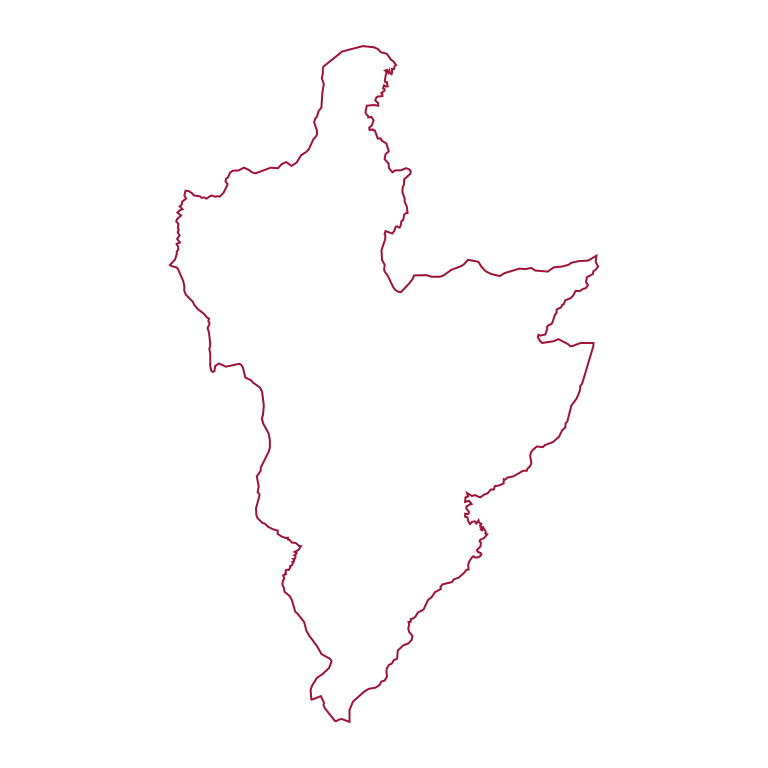 outline of Villa Caro, Norte de Santander, Colombia
{"feature_id": "7082276B29990655239758", "entity_name": "Villa Caro", "entity_type": "district", "adm_level": 2, "iso_a3": "COL", "parent_name": "Colombia", "parent_adm1": "Norte de Santander", "projection": "orthographic", "projection_center": [-72.976, 7.933], "detail": "fine", "context": "isolated", "style": "outline", "palette": "rose", "viewbox_px": 768, "rotation_deg": 0, "n_neighbors": 0, "source": "geoboundaries", "source_scale": "gbopen_adm2", "svg_char_len": 6086}
<svg xmlns="http://www.w3.org/2000/svg" viewBox="0 0 768 768"><path d="M256.4,515.2L257.7,518.3L262.6,523.1L264.7,523.5L268.1,526.8L273.1,529.3L277.8,530.7L277.5,533.5L280.9,536.2L286.0,538.1L287.9,537.7L288.1,539.6L289.4,539.7L291.7,542.5L295.8,543.0L299.2,546.0L300.9,546.2L298.5,549.9L294.6,551.9L296.5,552.7L296.2,554.0L294.4,555.3L295.4,555.7L295.5,557.1L294.6,558.9L293.5,559.0L294.2,559.5L293.8,561.7L292.4,561.8L292.8,563.4L291.8,565.3L290.1,566.1L290.3,567.1L288.8,570.0L287.5,569.7L285.6,570.4L285.9,572.6L285.2,573.4L285.8,574.2L283.1,575.5L284.3,578.4L282.9,580.8L282.4,584.9L283.9,587.9L284.6,591.8L289.7,596.1L291.7,599.7L295.3,611.8L297.4,613.5L304.1,622.0L306.5,631.0L309.3,635.8L317.0,646.1L321.5,654.1L329.5,658.5L331.3,660.3L331.4,662.1L329.0,668.0L322.5,674.1L317.0,677.8L312.1,685.6L310.6,689.8L311.3,699.2L311.8,699.7L320.9,696.1L324.0,702.8L323.5,705.2L325.0,708.4L334.7,720.7L336.0,721.2L339.2,719.5L342.0,719.1L349.5,721.9L349.5,710.0L353.0,701.6L363.8,691.9L368.8,688.8L375.4,687.7L379.6,685.0L381.3,681.6L384.7,680.5L387.1,676.4L386.4,672.1L386.9,668.1L389.1,664.8L391.7,663.7L393.7,660.3L397.1,658.7L397.8,650.5L403.3,645.3L408.5,643.4L411.7,639.8L412.4,636.0L409.0,631.6L408.3,628.4L409.2,624.3L408.5,622.0L410.6,621.8L410.7,619.1L413.1,618.5L415.4,616.7L417.9,612.5L423.6,609.5L428.0,600.0L431.7,597.1L434.9,592.2L440.8,589.0L440.5,586.7L442.7,584.3L452.0,582.1L453.7,579.4L458.6,577.7L464.1,572.9L466.3,569.9L468.6,569.5L468.2,564.2L469.7,560.6L472.6,556.7L473.6,556.3L475.4,557.6L479.0,557.1L481.5,554.7L481.0,553.3L477.6,551.7L476.9,550.0L480.5,546.4L480.9,542.8L479.6,541.4L480.1,539.9L484.3,537.9L487.2,534.3L485.4,533.5L485.8,531.7L483.7,528.5L482.0,530.4L480.7,529.3L482.6,527.1L480.3,526.7L480.1,525.6L481.4,524.0L479.0,522.5L478.5,520.3L476.2,523.5L474.7,521.3L472.0,521.9L470.0,524.0L468.1,521.0L467.5,517.5L465.1,516.6L465.2,513.7L467.8,514.1L468.8,513.3L468.8,511.5L466.3,508.5L466.4,506.7L469.6,504.5L471.6,504.0L468.9,500.8L465.1,501.9L465.5,497.4L468.0,496.5L467.0,493.0L471.9,496.0L475.3,495.1L478.3,496.8L480.6,497.2L483.9,494.7L487.3,493.5L491.1,489.4L493.8,489.6L494.9,486.1L498.1,485.7L503.6,483.5L503.8,479.2L505.4,479.6L507.3,477.6L513.0,476.5L523.1,470.8L526.8,470.7L527.2,469.1L530.3,465.9L531.4,463.0L530.2,456.1L530.8,452.8L532.7,450.0L536.8,446.5L542.8,447.1L544.9,445.1L553.1,442.0L559.1,436.6L562.1,430.4L565.4,427.3L565.5,423.4L567.3,421.5L571.4,405.5L576.5,398.7L578.7,393.7L580.2,389.4L580.2,386.2L582.2,383.4L593.4,345.9L593.4,343.0L580.4,343.0L572.4,346.1L570.3,346.2L568.2,344.2L558.3,339.1L553.8,341.2L542.2,343.0L540.0,341.0L537.9,337.1L538.5,334.8L540.4,335.6L545.3,334.5L547.3,328.7L547.0,326.7L548.6,325.2L551.4,324.1L552.4,322.6L554.9,314.8L556.6,312.9L556.6,309.6L561.1,307.3L562.2,304.8L563.7,304.3L565.3,300.3L570.9,298.0L573.5,295.0L575.6,290.9L579.7,291.1L583.0,288.9L585.8,288.1L588.0,285.1L586.0,282.0L586.9,277.2L592.8,274.1L593.5,271.1L595.4,270.0L598.1,266.5L595.7,261.9L596.4,255.7L588.1,260.6L578.9,261.1L571.2,262.8L568.7,264.7L562.2,266.5L553.7,267.4L547.7,271.6L535.1,270.5L531.3,267.9L525.6,269.1L519.5,268.6L504.6,273.1L499.7,276.1L490.9,273.9L485.6,271.2L481.4,266.7L478.4,261.8L468.0,259.8L464.3,264.0L461.2,266.1L451.2,269.9L443.7,275.4L439.9,276.8L431.5,276.7L426.6,275.2L414.1,275.4L412.8,278.7L409.1,283.6L400.8,292.2L398.4,291.8L395.4,290.0L393.5,287.7L387.8,275.9L384.7,271.5L384.1,269.6L384.7,264.9L382.0,259.8L381.5,250.3L385.1,239.5L385.4,235.6L384.6,234.4L385.5,231.1L392.3,233.5L394.3,231.0L395.7,226.7L397.3,226.5L399.6,227.6L400.7,225.5L401.5,221.0L403.1,220.4L404.2,214.7L405.6,213.3L407.5,213.1L406.8,206.4L404.6,201.6L404.7,198.6L402.4,192.1L402.7,187.0L404.0,184.4L404.1,179.4L410.4,173.7L410.8,171.3L408.9,169.2L406.0,168.2L400.9,170.3L395.2,170.4L392.4,172.3L388.9,168.0L388.6,163.7L384.6,159.1L385.5,154.3L388.8,151.3L386.3,143.4L381.4,140.5L381.4,139.3L380.3,138.3L377.8,138.7L374.8,130.4L373.2,130.3L372.7,129.4L369.6,130.0L369.4,129.5L369.3,127.5L371.7,125.6L373.6,120.4L371.5,116.9L368.3,117.5L368.1,116.0L365.9,113.6L365.5,112.1L366.8,105.7L373.8,105.0L378.2,105.7L378.1,103.0L375.2,100.5L376.3,97.5L377.7,96.6L382.4,96.1L382.5,94.8L381.3,93.1L384.6,90.6L384.5,89.1L383.1,88.4L384.0,85.4L386.1,86.6L387.7,86.4L386.9,82.2L385.4,82.3L384.8,80.3L386.3,72.8L386.2,71.3L385.1,70.6L386.8,69.8L388.4,72.8L389.3,70.4L389.9,73.1L391.5,74.2L392.1,72.4L391.9,68.9L394.0,69.2L394.5,66.4L396.1,65.0L393.3,61.3L390.9,59.6L386.8,53.8L380.8,52.2L377.8,49.0L374.1,47.3L362.8,46.1L342.2,51.5L323.7,66.4L322.9,68.1L322.8,73.8L321.8,78.2L323.8,84.1L322.4,92.5L321.4,107.6L318.6,111.1L316.9,116.8L315.4,118.3L314.1,122.2L316.9,130.5L317.1,133.9L316.0,136.4L313.4,139.2L308.7,149.5L305.9,152.2L301.0,155.3L296.6,162.6L291.5,165.9L286.4,162.2L285.6,162.3L281.6,164.2L278.0,168.2L270.7,167.7L255.6,173.3L252.1,172.4L248.9,169.9L243.9,167.7L238.5,170.5L232.7,170.7L230.0,172.7L228.2,177.1L226.0,178.9L225.5,181.5L227.5,184.0L227.3,185.1L223.5,192.9L219.6,196.7L218.0,196.2L215.5,196.7L211.3,195.5L206.4,198.6L204.0,197.4L201.6,197.9L199.8,196.3L193.9,195.4L191.5,192.8L188.4,191.0L185.5,190.7L184.4,195.5L186.1,198.6L182.3,201.5L181.5,205.0L179.7,206.3L182.5,209.2L179.8,210.3L177.4,212.5L181.0,215.6L177.1,219.1L176.2,221.4L178.4,223.9L177.9,228.2L178.8,229.8L177.7,232.2L179.6,235.4L177.1,238.8L179.9,242.6L176.6,243.9L178.0,246.7L178.4,249.3L176.7,251.9L176.8,253.9L175.0,259.6L169.9,265.0L171.8,266.2L176.3,267.3L178.0,269.0L183.3,281.3L184.4,286.7L184.2,290.6L186.0,294.9L192.9,301.9L194.1,304.7L197.8,309.1L204.2,314.0L206.7,317.2L209.0,318.7L208.3,321.2L209.4,322.5L209.4,324.2L207.6,328.0L209.0,332.6L210.2,343.4L210.2,346.6L209.3,348.7L210.3,354.1L210.2,365.8L211.4,371.0L212.9,371.9L214.4,371.2L215.2,366.0L218.9,363.5L225.9,366.7L239.4,363.8L241.3,364.9L243.0,367.8L245.3,377.5L250.9,380.2L253.0,382.6L260.0,387.6L262.1,391.9L263.8,405.4L263.0,414.8L261.8,418.7L263.4,423.9L268.7,433.7L269.8,440.2L269.9,447.5L269.0,451.0L260.8,467.5L260.7,470.7L256.8,476.4L258.7,486.6L257.6,492.3L259.2,493.8L259.5,495.6L256.0,508.3L256.4,515.2Z" fill="none" stroke="#9f1239" stroke-width="2"/></svg>